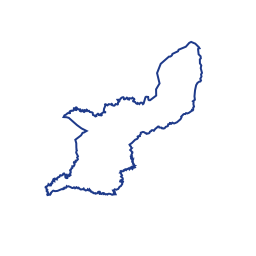 José Pedro Varela, Lavalleja, Uruguay, rotated 145°
{"feature_id": "84410073B20043717754830", "entity_name": "José Pedro Varela", "entity_type": "district", "adm_level": 2, "iso_a3": "URY", "parent_name": "Uruguay", "parent_adm1": "Lavalleja", "projection": "natural_earth1", "projection_center": [-54.355, -33.484], "detail": "fine", "context": "isolated", "style": "outline", "palette": "blue", "viewbox_px": 256, "rotation_deg": 145, "n_neighbors": 0, "source": "geoboundaries", "source_scale": "gbopen_adm2", "svg_char_len": 5950}
<svg xmlns="http://www.w3.org/2000/svg" viewBox="0 0 256 256"><g transform="rotate(145 128 128)"><path d="M120.2,116.8L118.0,116.2L117.0,115.0L116.6,113.5L115.9,113.1L115.9,112.4L114.9,112.2L114.1,111.7L113.0,111.8L112.2,112.4L110.8,112.2L110.0,112.6L108.8,111.9L108.4,110.9L105.6,111.8L105.0,111.6L102.9,112.0L102.4,111.9L101.9,111.4L102.1,110.4L100.4,109.2L100.5,108.5L100.3,108.1L99.6,107.9L99.4,107.3L98.2,106.8L96.4,107.3L94.4,106.7L92.9,108.0L91.6,107.3L90.8,108.1L90.3,107.7L90.3,107.1L90.0,106.6L88.6,106.9L87.9,105.6L87.4,105.2L84.6,104.6L79.9,105.1L78.0,106.1L77.9,106.8L74.7,107.4L74.0,107.3L73.1,106.6L71.9,106.9L71.1,105.9L69.4,105.5L66.2,105.5L65.3,106.1L64.9,105.3L64.2,105.5L62.8,107.4L61.7,107.6L60.7,110.1L59.3,111.7L59.5,112.7L57.0,112.8L55.4,115.8L51.4,120.5L47.6,124.0L45.2,125.1L43.0,125.1L42.0,124.6L40.9,125.1L40.6,126.8L38.3,128.0L37.4,130.0L35.8,130.7L34.1,135.3L32.1,137.2L32.0,139.7L29.8,143.0L28.4,143.3L27.4,145.1L27.9,147.8L26.0,151.3L25.3,152.5L24.8,152.8L23.7,152.3L23.6,153.4L24.5,158.5L26.9,162.3L29.0,162.6L34.0,161.4L41.6,163.1L43.0,162.2L49.0,163.2L50.5,162.3L51.7,162.2L52.7,162.4L53.5,163.0L64.4,161.8L72.7,156.3L76.6,146.4L82.8,143.6L86.3,138.4L93.9,138.1L94.8,138.7L95.0,139.5L93.7,141.9L95.2,143.2L96.0,143.2L101.2,139.1L102.1,139.0L102.1,140.7L102.9,141.4L103.8,141.5L105.0,141.1L105.7,142.9L106.7,142.5L107.2,143.6L107.3,145.4L108.4,146.7L108.4,147.2L106.4,147.8L106.2,148.4L106.7,148.9L106.9,150.2L108.1,150.1L109.8,151.6L110.8,150.7L111.5,151.4L111.6,152.0L111.3,152.6L111.5,153.5L113.4,153.3L114.3,153.4L114.8,153.9L114.1,155.2L114.1,155.8L115.1,156.4L117.1,156.4L118.2,155.7L120.4,157.1L120.5,155.9L120.1,154.8L121.7,154.5L122.6,153.3L123.0,153.2L124.4,154.7L126.2,154.1L126.7,154.3L127.9,155.8L127.4,156.6L127.5,157.1L128.3,157.0L130.2,158.6L131.8,158.3L132.7,160.3L133.2,160.5L133.5,160.3L133.7,159.3L136.6,157.5L138.0,155.9L138.2,155.4L137.7,154.7L137.5,154.1L137.7,153.9L139.2,155.0L142.1,155.0L142.0,153.7L142.6,153.6L144.4,155.3L144.1,156.0L144.4,156.9L146.6,156.8L147.1,155.9L148.1,156.2L148.4,157.6L149.2,158.8L148.2,160.7L148.6,161.6L150.1,163.0L150.1,164.4L151.1,164.8L151.2,166.4L151.4,166.8L151.8,166.7L152.5,166.1L153.3,167.5L153.6,167.4L154.0,166.3L154.8,166.3L155.2,167.3L154.8,168.1L154.8,168.6L157.0,168.5L157.5,169.4L156.4,170.3L156.5,170.8L157.7,171.3L158.3,172.9L158.4,174.4L158.7,174.7L159.4,174.6L159.7,173.7L159.7,172.5L160.0,172.3L160.5,172.7L160.8,173.4L160.7,175.0L161.0,175.2L162.2,173.7L162.9,173.6L163.8,174.3L164.3,174.2L164.7,174.8L166.1,175.0L166.7,174.7L166.7,173.8L167.0,173.5L169.0,174.8L170.8,174.5L172.8,174.8L174.5,173.9L172.2,172.1L170.7,170.3L168.1,159.6L166.3,154.3L163.6,149.3L166.8,149.6L168.0,150.1L170.6,148.9L177.9,148.6L179.1,145.2L181.8,141.2L182.1,140.5L182.5,140.1L182.7,139.0L183.3,138.8L184.6,137.5L185.2,133.5L186.6,133.0L186.9,131.2L188.3,130.7L189.6,131.3L190.1,130.9L190.2,130.2L190.8,130.1L191.8,131.0L192.2,130.7L192.4,129.3L192.8,128.6L194.5,127.8L195.6,128.6L196.6,127.2L197.6,127.4L198.5,126.5L199.5,126.7L199.8,126.4L200.1,124.7L200.9,124.4L201.3,123.8L202.1,123.7L202.1,122.4L203.6,122.3L204.1,123.7L205.4,123.0L205.7,122.3L206.4,121.8L207.2,122.3L207.6,123.1L207.4,124.0L205.5,125.3L206.9,126.4L206.5,127.4L207.0,127.7L209.0,127.0L210.0,127.3L210.4,128.1L210.8,128.2L212.2,127.3L213.6,127.8L214.4,127.4L215.5,127.7L215.8,126.8L216.8,127.7L217.5,127.9L217.4,128.7L218.3,128.9L218.7,128.7L218.6,127.2L218.9,126.6L219.9,127.8L221.0,127.4L221.6,126.3L223.0,126.7L223.9,126.5L223.4,125.6L224.1,125.2L224.8,125.6L224.5,126.5L225.4,126.7L225.5,127.5L226.4,126.8L227.3,126.9L228.4,126.5L229.0,127.0L229.4,126.9L229.6,126.6L229.3,126.2L229.6,124.7L229.9,124.4L229.6,123.6L230.8,123.1L230.8,122.1L230.4,121.8L230.8,120.5L232.2,120.0L232.4,119.2L231.8,118.9L230.8,119.2L230.5,118.3L230.1,118.0L228.7,118.6L228.5,119.1L225.5,119.6L225.1,119.5L224.0,118.1L221.8,116.9L217.4,116.0L216.4,115.1L215.7,115.0L215.9,115.4L215.7,115.6L215.3,115.4L214.3,115.7L212.8,114.6L211.7,115.4L211.6,114.9L210.3,114.5L209.3,113.1L208.1,110.8L207.5,110.4L206.3,110.4L205.9,109.9L205.9,109.0L204.1,109.0L204.0,108.6L204.1,108.2L203.4,107.6L203.4,107.3L202.7,107.4L202.2,105.0L201.8,104.6L199.9,103.7L199.1,103.8L199.3,102.8L198.9,102.5L198.6,101.2L197.0,100.5L196.1,100.9L195.8,99.4L195.0,99.7L195.2,99.0L194.7,99.0L194.6,98.4L194.9,97.2L194.3,96.8L194.3,96.0L193.6,95.3L193.7,94.5L193.0,93.8L192.3,93.6L192.2,92.8L190.5,92.2L189.9,92.4L189.5,92.0L188.9,92.7L188.2,92.4L187.7,91.9L187.8,91.4L188.8,91.1L189.0,90.3L188.2,89.9L187.7,89.2L187.1,89.1L187.0,89.4L185.7,89.1L185.2,88.5L185.7,87.8L184.8,87.5L184.6,86.6L183.6,86.2L183.0,85.3L182.3,85.5L181.3,85.1L180.2,84.0L179.3,82.4L177.8,81.8L176.2,80.8L176.1,81.3L176.8,82.8L176.2,83.0L175.7,82.7L175.5,83.0L175.7,83.5L176.3,83.7L176.1,85.4L175.3,85.0L174.1,85.4L173.1,84.2L170.9,83.7L168.6,84.7L167.2,84.5L164.9,85.4L164.5,86.1L162.8,86.9L162.8,87.5L164.5,87.9L165.1,88.7L164.2,89.4L162.0,88.9L161.5,89.1L161.1,90.6L161.6,92.2L160.0,92.7L160.0,94.3L159.6,95.3L160.0,95.8L159.5,95.9L158.9,96.9L158.3,96.8L158.1,96.1L156.8,95.4L155.9,95.9L155.5,95.3L154.1,95.7L153.7,94.6L153.4,94.7L153.4,95.3L153.1,95.3L152.4,94.7L150.5,94.6L150.1,94.2L150.6,93.8L150.6,93.4L149.2,94.0L149.0,93.4L148.5,93.5L148.2,92.7L147.8,93.3L147.4,93.4L147.5,92.1L146.4,92.7L145.7,92.0L144.9,91.8L144.9,92.1L145.4,92.3L144.9,93.1L145.5,93.7L144.1,93.4L144.4,93.9L144.1,94.4L144.0,95.4L144.4,95.8L143.9,96.2L143.9,97.0L143.4,97.6L143.9,97.9L143.8,98.2L142.5,99.0L143.0,99.3L142.9,99.7L142.4,99.6L142.2,100.0L142.5,100.5L142.0,100.5L142.9,101.3L142.5,101.8L141.7,101.7L141.7,102.2L142.2,102.6L142.0,103.2L141.4,103.2L141.2,102.8L140.8,102.8L140.6,104.1L139.2,104.8L138.9,105.0L138.8,105.7L138.3,105.8L138.8,108.7L136.4,109.3L136.7,109.7L136.2,111.2L136.5,112.4L136.3,113.5L133.4,113.5L128.9,114.3L126.6,113.8L125.3,114.3L125.0,115.5L124.6,115.5L123.0,114.6L122.8,115.2L121.3,115.6L120.2,116.8Z" fill="none" stroke="#1e3a8a" stroke-width="2"/></g></svg>